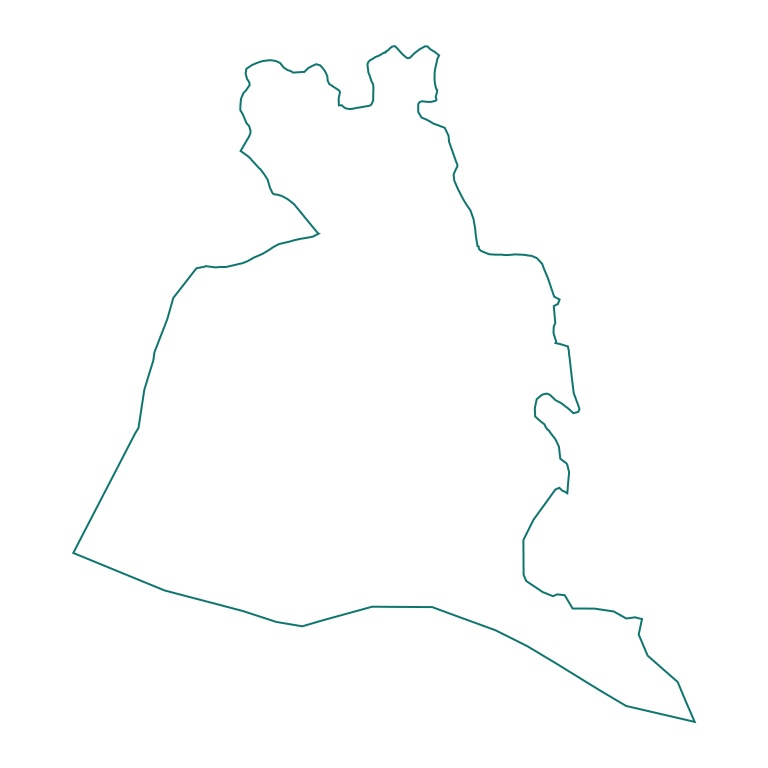 Al-Dilingat, Al Buhayrah, Egypt
{"feature_id": "37247803B72725893374762", "entity_name": "Al-Dilingat", "entity_type": "district", "adm_level": 2, "iso_a3": "EGY", "parent_name": "Egypt", "parent_adm1": "Al Buhayrah", "projection": "equal_earth", "projection_center": [30.518, 30.81], "detail": "fine", "context": "isolated", "style": "outline", "palette": "teal", "viewbox_px": 768, "rotation_deg": 0, "n_neighbors": 0, "source": "geoboundaries", "source_scale": "gbopen_adm2", "svg_char_len": 5434}
<svg xmlns="http://www.w3.org/2000/svg" viewBox="0 0 768 768"><path d="M225.7,606.5L242.8,611.0L276.5,622.0L302.3,626.3L321.0,620.8L372.2,606.7L397.4,606.9L432.2,607.1L451.2,614.1L495.3,630.2L527.3,646.2L550.2,659.9L555.9,663.3L582.0,679.4L591.2,685.1L603.7,692.7L626.2,706.0L694.7,721.9L685.7,701.2L677.7,682.0L665.9,671.7L647.6,655.6L638.7,634.5L642.0,619.1L639.6,618.5L635.1,617.3L631.6,617.8L626.3,618.5L614.4,611.8L613.8,611.5L599.9,609.4L594.4,608.6L572.6,608.5L567.7,600.2L565.8,597.0L564.7,595.2L561.2,594.8L557.0,594.4L553.0,596.2L544.8,592.9L542.6,592.0L539.3,589.8L526.2,581.0L523.6,574.7L523.4,540.0L533.5,519.7L541.6,508.6L555.4,489.5L559.3,487.8L562.1,490.5L565.6,492.1L566.5,492.8L567.3,493.3L567.6,489.9L567.9,485.6L568.7,476.7L569.1,472.5L569.0,471.9L568.6,470.2L567.2,464.5L566.4,463.3L564.4,461.8L562.4,460.3L560.3,458.7L559.8,454.6L559.3,449.9L559.0,447.5L559.0,446.9L558.0,444.7L556.5,441.5L555.3,439.1L551.0,433.6L549.9,432.1L549.2,431.0L548.6,430.2L547.0,429.1L546.4,428.0L545.5,426.9L545.0,425.4L544.6,424.5L540.2,421.0L537.5,418.6L535.2,416.5L535.0,412.9L534.8,408.7L535.6,404.2L536.8,399.1L539.7,396.6L540.2,396.3L541.4,395.2L542.6,394.5L545.6,393.8L546.6,393.6L549.8,394.7L552.9,397.6L555.5,400.2L561.1,403.1L563.0,404.5L567.3,407.8L568.8,409.0L570.7,410.7L573.4,413.2L577.6,412.1L578.3,411.9L579.5,408.9L578.2,405.3L575.2,397.1L573.7,393.0L571.8,377.5L571.3,372.7L571.1,371.5L569.9,360.5L569.8,359.3L569.1,354.4L569.0,353.3L568.8,350.7L567.9,346.4L566.0,345.9L564.2,345.3L562.1,344.6L555.5,343.0L556.1,341.3L554.8,337.3L553.5,332.9L553.6,329.6L553.7,326.7L555.3,323.0L554.8,317.9L553.8,306.1L558.0,303.9L559.6,299.5L554.2,296.7L547.8,277.9L545.6,272.7L544.4,269.8L543.5,267.7L542.9,266.0L542.2,263.8L536.7,258.0L531.4,255.8L528.0,255.5L524.3,254.8L519.7,254.6L514.8,254.4L510.6,254.8L509.9,254.9L505.6,255.1L501.1,254.6L500.0,254.7L496.6,254.7L494.3,254.6L488.8,254.2L485.9,252.9L484.8,252.5L481.0,250.9L478.9,248.9L478.7,246.6L477.5,246.1L476.3,238.7L476.0,236.6L475.8,235.4L475.4,231.3L475.3,229.5L473.5,219.0L470.4,210.3L466.7,205.0L464.3,201.1L463.3,199.4L460.5,194.0L460.0,193.0L458.2,189.6L454.3,180.7L453.7,175.6L453.6,174.9L454.2,173.0L455.3,170.7L456.4,168.1L457.4,166.6L457.3,164.5L456.1,161.7L451.0,147.2L450.1,144.7L449.0,141.5L448.8,138.9L448.6,135.9L445.8,130.0L444.7,127.8L443.4,127.3L441.5,126.6L439.0,125.6L436.6,124.7L435.7,124.4L433.8,123.8L429.0,120.9L426.7,119.7L424.6,118.8L421.5,117.5L418.2,111.9L418.2,104.4L419.2,102.5L421.8,101.2L423.2,101.4L425.8,101.7L427.8,101.9L428.7,101.9L431.1,101.9L435.4,100.8L436.5,99.9L436.1,98.4L435.7,97.0L437.1,91.8L437.1,89.7L436.2,88.8L435.5,86.1L435.0,83.8L434.7,81.3L434.5,79.0L434.6,75.6L434.6,73.4L434.6,72.7L435.0,70.0L435.1,68.8L435.5,67.2L436.1,64.7L436.8,61.6L437.5,58.6L439.1,55.4L434.9,52.0L433.0,50.9L431.3,49.8L430.4,49.3L429.7,48.7L427.5,46.4L424.8,46.4L423.1,47.4L421.4,48.3L420.1,49.0L417.5,50.9L414.2,53.5L411.7,56.0L409.9,57.8L407.3,58.2L405.1,56.6L404.0,55.5L402.9,54.6L402.2,53.9L399.9,51.4L398.9,50.3L397.9,49.1L396.7,47.9L394.9,46.1L393.2,46.4L391.9,46.7L390.0,48.3L388.3,50.1L386.6,51.1L385.6,51.7L385.7,52.4L383.2,53.1L381.3,54.3L379.3,55.5L377.0,56.4L375.1,57.2L373.0,58.7L371.3,59.5L369.1,61.1L367.8,63.0L367.5,64.9L367.8,67.5L368.4,72.5L369.5,75.3L369.8,76.0L370.5,78.3L371.6,81.6L373.1,84.2L373.4,87.5L373.4,89.8L373.3,92.5L373.2,97.5L373.2,100.3L372.8,101.4L371.8,103.7L371.1,104.7L369.9,105.6L369.2,105.8L367.4,106.1L365.0,106.5L361.5,107.1L360.8,107.3L355.9,108.0L354.5,108.4L352.9,108.7L351.3,108.9L350.7,109.0L350.0,109.0L348.9,109.0L345.3,108.2L344.8,107.8L343.3,106.8L342.0,105.3L338.9,105.3L338.8,103.3L338.7,100.3L338.7,98.3L338.9,97.3L339.7,93.7L340.0,92.4L339.3,90.6L337.8,89.6L337.1,89.1L334.1,87.2L331.0,85.1L329.2,83.9L327.7,80.7L327.3,76.1L325.6,72.5L324.9,71.0L323.1,68.7L322.4,67.8L320.7,65.8L320.3,65.4L316.2,64.2L315.5,64.5L313.2,65.5L312.4,65.9L308.7,67.8L308.0,68.4L304.3,71.9L293.0,72.6L292.1,71.9L291.4,71.4L287.5,70.0L283.7,67.5L280.5,63.5L280.1,63.0L276.1,61.1L274.0,60.7L270.6,60.2L268.6,60.3L264.2,60.9L263.3,60.9L259.4,62.0L257.2,62.9L256.3,63.2L252.8,64.7L252.1,65.0L246.4,68.8L245.9,71.7L245.6,73.5L247.1,79.1L249.1,81.9L249.7,85.0L247.3,88.5L246.0,90.5L243.6,92.8L241.7,97.1L241.0,98.8L240.7,102.1L240.4,105.9L240.3,108.5L240.4,110.4L242.5,113.7L243.9,116.9L244.9,119.4L246.8,123.6L249.1,125.9L250.5,130.7L250.4,133.1L249.1,136.5L245.6,142.4L244.7,144.0L243.4,146.2L240.6,151.0L247.9,156.2L250.4,158.4L251.6,160.1L252.8,161.3L254.5,163.1L256.4,165.2L259.5,168.6L260.4,169.2L264.2,174.3L267.6,179.6L270.0,187.8L270.8,189.5L272.3,192.7L273.6,194.2L275.2,194.4L277.1,194.6L279.8,195.4L281.5,195.8L283.4,196.8L287.4,199.0L291.1,201.8L294.0,204.1L294.6,204.9L295.8,206.3L302.3,214.2L305.1,217.7L312.5,226.7L314.9,229.6L317.4,232.6L317.9,233.2L318.7,233.6L312.8,236.7L307.9,237.6L300.7,238.8L294.7,240.1L289.1,241.7L287.0,242.2L279.7,243.9L278.5,244.3L272.4,247.6L271.3,248.5L267.2,251.1L262.7,253.8L253.7,257.7L247.5,261.2L243.2,262.9L241.9,263.4L238.0,264.1L237.0,264.5L231.7,265.7L230.2,266.0L226.0,267.0L220.2,267.0L215.4,267.4L207.7,266.4L206.9,266.3L205.8,266.1L204.2,266.8L201.4,267.3L196.4,268.3L178.8,290.9L173.3,297.9L170.8,306.7L167.4,318.8L165.7,323.2L164.7,325.9L160.5,336.6L156.4,347.3L154.4,352.4L153.3,360.6L149.4,373.1L144.3,389.8L138.5,427.9L135.2,433.3L85.1,530.1L79.6,540.7L73.3,553.0L164.4,590.4L187.2,596.4L225.7,606.5Z" fill="none" stroke="#0f766e" stroke-width="2"/></svg>